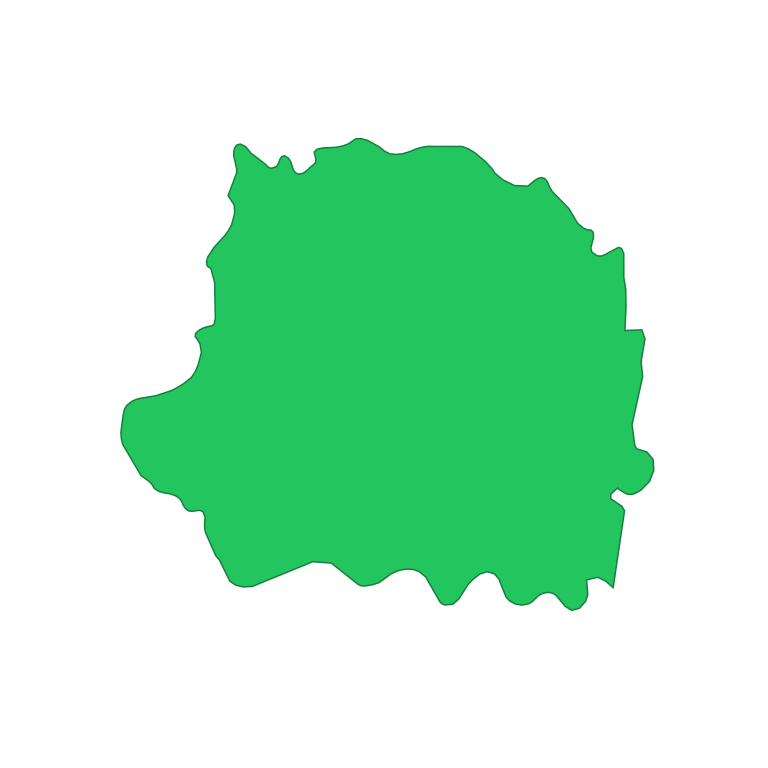 SVG path tracing the border of Sarthe, rotated 253°
{"feature_id": "FRA-5340", "entity_name": "Sarthe", "entity_type": "Metropolitan department", "adm_level": 1, "iso_a3": "FRA", "parent_name": "France", "parent_adm1": "", "projection": "mercator", "projection_center": [0.286, 48.027], "detail": "fine", "context": "isolated", "style": "filled", "palette": "green", "viewbox_px": 768, "rotation_deg": 253, "n_neighbors": 0, "source": "natural_earth", "source_scale": "10m", "svg_char_len": 2859}
<svg xmlns="http://www.w3.org/2000/svg" viewBox="0 0 768 768"><g transform="rotate(253 384 384)"><path d="M122.2,543.6L130.5,538.5L136.6,532.0L137.5,520.5L123.0,517.3L117.3,513.4L112.4,505.3L112.6,497.3L118.5,492.2L131.9,486.6L134.3,484.4L136.1,481.7L137.1,478.2L137.3,473.9L136.3,469.5L132.6,462.5L131.5,458.3L132.3,450.9L135.5,444.9L140.0,440.6L144.8,438.4L164.1,436.8L170.2,434.0L174.4,427.7L174.2,420.0L171.2,412.1L167.4,405.4L156.6,392.8L153.2,385.5L155.0,377.2L157.0,375.0L159.3,373.8L187.2,367.5L194.3,362.8L198.2,357.6L200.6,350.9L201.4,343.4L200.5,335.7L195.5,321.3L195.4,314.6L196.3,307.4L197.6,303.2L200.0,300.6L228.1,281.3L234.9,263.9L228.9,198.8L231.2,189.7L235.2,183.2L240.4,179.0L263.6,175.2L269.1,172.9L292.9,170.0L297.0,170.1L302.0,171.2L309.1,174.0L314.8,173.5L317.1,170.9L318.4,163.3L319.7,160.2L322.2,158.2L324.4,157.2L327.1,156.5L330.2,156.3L334.5,154.9L336.4,153.5L338.7,151.2L341.6,147.2L344.5,141.3L347.3,137.2L351.3,133.8L356.4,132.6L360.5,130.2L367.3,124.9L402.5,116.5L408.0,116.8L414.3,118.1L431.1,125.7L436.0,128.7L438.9,132.0L441.0,137.3L441.7,141.8L441.6,146.4L439.5,162.5L439.9,179.5L441.5,187.4L443.3,193.6L446.5,201.6L450.7,206.9L456.8,212.0L467.6,218.6L475.7,219.7L481.0,218.6L484.6,217.3L487.6,218.7L489.7,223.6L490.4,227.9L490.5,231.6L490.0,236.8L490.8,238.9L496.4,242.0L530.5,251.7L545.5,252.2L546.1,251.3L546.9,250.6L548.5,249.5L552.5,249.8L557.2,252.8L564.4,261.5L572.8,275.6L576.6,280.6L580.9,284.8L590.5,290.9L598.7,293.1L609.8,290.0L629.3,305.0L633.5,306.1L645.9,307.0L649.7,308.0L653.1,309.9L655.6,313.2L655.5,316.7L651.6,321.0L643.8,324.2L629.3,334.5L624.7,337.0L623.1,339.8L623.4,344.8L626.0,347.7L629.1,350.0L631.4,352.7L631.3,355.8L627.6,358.8L623.6,359.8L615.4,359.9L612.0,361.0L609.5,363.8L609.3,368.8L611.0,373.4L613.2,377.7L614.5,381.1L616.3,383.8L619.3,384.6L626.2,385.0L628.1,388.5L627.6,394.6L624.4,407.1L623.7,414.2L624.1,420.3L626.7,428.5L625.3,433.8L621.8,439.5L612.4,448.6L606.9,452.3L602.3,456.9L600.0,463.0L598.8,468.6L598.7,473.5L598.8,478.0L599.3,482.2L599.4,487.0L599.1,491.3L598.4,495.5L588.3,528.2L584.4,533.2L578.8,538.3L567.1,546.0L558.2,550.3L557.3,550.5L553.0,551.8L544.7,557.2L535.7,566.7L531.2,579.4L534.2,586.7L534.6,587.6L535.6,591.3L535.4,594.9L533.6,597.7L529.9,599.3L524.0,599.9L518.8,601.2L497.5,612.2L481.5,616.0L475.2,619.9L471.9,623.7L470.8,626.8L467.9,628.5L462.9,627.2L453.6,621.6L449.3,621.4L444.2,625.4L442.8,629.4L443.1,633.5L444.0,637.2L445.3,644.5L446.1,648.2L444.3,650.7L438.9,651.5L415.8,644.5L404.6,643.0L387.0,638.0L364.7,630.0L360.4,646.4L350.9,646.8L330.0,636.3L315.6,633.6L272.6,609.3L251.3,605.8L248.1,606.8L242.1,615.5L233.2,619.3L222.6,616.8L213.2,609.4L207.4,598.8L206.0,592.3L206.0,589.1L206.8,585.7L208.5,583.3L214.8,577.6L216.4,577.2L212.3,568.7L208.0,567.3L197.6,575.7L192.5,577.0L122.2,543.6Z" fill="#22c55e" stroke="#15803d" stroke-width="1.5"/></g></svg>